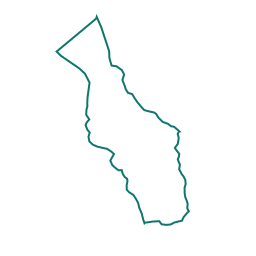 Armenochori, Limassol, Cyprus, rotated 317°
{"feature_id": "46923920B15192858361301", "entity_name": "Armenochori", "entity_type": "district", "adm_level": 2, "iso_a3": "CYP", "parent_name": "Cyprus", "parent_adm1": "Limassol", "projection": "orthographic", "projection_center": [33.125, 34.752], "detail": "fine", "context": "isolated", "style": "outline", "palette": "teal", "viewbox_px": 256, "rotation_deg": 317, "n_neighbors": 0, "source": "geoboundaries", "source_scale": "gbopen_adm2", "svg_char_len": 1397}
<svg xmlns="http://www.w3.org/2000/svg" viewBox="0 0 256 256"><g transform="rotate(317 128 128)"><path d="M127.9,23.4L128.2,29.5L133.0,51.2L133.6,58.9L130.8,68.6L119.2,78.1L115.0,82.2L113.0,84.5L110.2,86.2L106.4,89.9L105.6,95.3L101.5,95.8L98.9,97.0L97.1,101.6L96.9,105.2L93.1,107.5L90.6,111.5L90.9,116.1L92.8,120.6L98.5,129.1L99.7,133.8L100.0,137.5L95.8,138.8L92.8,139.8L91.2,144.5L91.6,149.1L92.2,152.4L94.7,154.6L92.9,157.8L92.2,161.7L92.7,164.6L91.3,166.6L88.0,168.9L85.0,172.3L85.0,175.7L86.3,180.6L85.4,185.6L84.3,189.7L81.8,194.1L79.6,200.1L76.8,205.1L75.1,208.9L76.0,208.9L77.9,210.3L82.2,213.2L87.3,217.5L86.9,221.3L89.8,224.8L93.3,227.6L97.6,228.8L104.3,232.6L108.0,231.1L112.6,230.5L115.6,230.4L116.7,227.0L119.7,224.4L121.1,221.9L122.8,217.5L125.1,214.2L128.0,211.0L128.7,210.2L131.9,208.4L134.4,205.2L135.6,201.4L135.8,198.5L137.3,193.0L141.0,190.2L141.9,187.5L143.1,184.8L145.9,183.6L147.9,181.7L148.2,177.7L148.7,174.5L153.6,173.6L158.4,169.8L160.2,166.3L163.1,165.2L163.2,165.3L163.0,162.5L162.5,158.4L160.7,156.1L160.1,152.2L157.5,147.1L157.3,141.0L158.2,137.0L157.6,134.3L155.1,130.8L152.1,126.0L152.1,122.4L152.4,116.0L153.1,111.0L154.2,106.1L152.0,102.3L152.8,97.9L154.3,95.1L155.7,91.4L156.7,89.0L161.6,86.3L163.0,81.5L161.7,75.0L158.6,71.2L160.2,67.8L162.3,63.9L166.5,59.1L177.1,36.2L180.9,25.4L179.5,26.3L127.9,23.4Z" fill="none" stroke="#0f766e" stroke-width="2"/></g></svg>